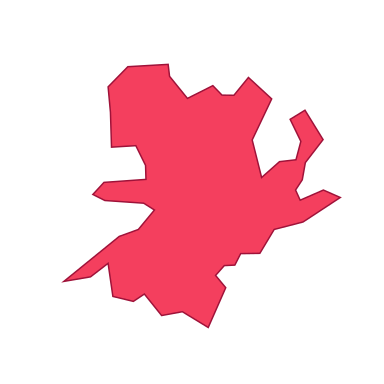 Asaka, Andijon, Uzbekistan (Albers equal-area conic projection), rotated 348°
{"feature_id": "79887680B69641421993469", "entity_name": "Asaka", "entity_type": "district", "adm_level": 2, "iso_a3": "UZB", "parent_name": "Uzbekistan", "parent_adm1": "Andijon", "projection": "albers", "projection_center": [72.224, 40.677], "detail": "fine", "context": "isolated", "style": "filled", "palette": "rose", "viewbox_px": 384, "rotation_deg": 348, "n_neighbors": 0, "source": "geoboundaries", "source_scale": "gbopen_adm2", "svg_char_len": 805}
<svg xmlns="http://www.w3.org/2000/svg" viewBox="0 0 384 384"><g transform="rotate(348 192 192)"><path d="M271.0,91.7L253.1,106.1L241.5,103.5L234.5,92.3L207.0,99.5L194.1,74.2L195.2,62.2L155.3,56.1L131.8,71.7L128.8,97.1L122.6,131.4L146.7,135.0L152.1,156.3L149.6,170.1L107.9,164.3L94.5,173.8L105.0,182.2L142.4,192.9L151.5,201.8L131.7,217.5L111.6,220.3L48.1,252.8L75.1,253.9L95.1,244.3L92.9,277.7L111.9,286.8L124.2,281.9L136.6,306.5L157.7,307.1L179.7,327.9L205.1,292.6L197.7,278.5L208.3,270.7L218.7,272.4L226.8,262.4L245.6,266.1L264.6,245.7L294.4,244.4L335.9,228.2L320.9,217.4L296.1,222.5L293.7,211.6L302.4,203.0L309.0,186.8L331.1,168.0L319.5,135.5L303.1,141.3L309.0,165.1L300.4,182.1L283.9,180.5L263.1,192.3L261.7,153.6L289.3,117.5L271.0,91.7Z" fill="#f43f5e" stroke="#9f1239" stroke-width="1.5"/></g></svg>